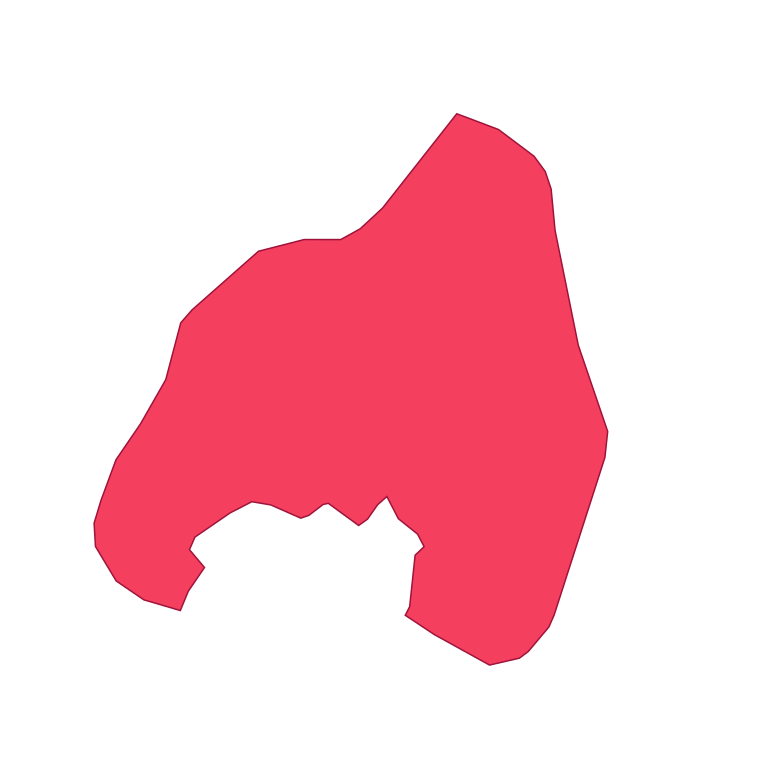 an SVG outline of Oslo, rotated 18°
{"feature_id": "NOR-921", "entity_name": "Oslo", "entity_type": "County", "adm_level": 1, "iso_a3": "NOR", "parent_name": "Norway", "parent_adm1": "", "projection": "orthographic", "projection_center": [10.625, 59.979], "detail": "fine", "context": "isolated", "style": "filled", "palette": "rose", "viewbox_px": 768, "rotation_deg": 18, "n_neighbors": 0, "source": "natural_earth", "source_scale": "10m", "svg_char_len": 806}
<svg xmlns="http://www.w3.org/2000/svg" viewBox="0 0 768 768"><g transform="rotate(18 384 384)"><path d="M475.7,597.4L477.2,587.8L466.5,537.2L472.4,526.3L462.3,516.4L439.3,507.7L421.5,490.1L415.2,500.9L410.1,517.6L403.6,526.4L367.9,514.7L363.3,517.4L353.2,532.1L346.3,537.3L313.6,534.0L294.7,536.8L277.7,553.9L251.5,588.0L250.2,601.7L270.0,614.0L261.9,641.6L260.3,662.4L222.4,663.5L190.2,654.1L159.8,627.7L151.3,606.0L150.8,582.2L152.5,538.9L164.8,496.9L175.1,447.3L171.8,388.6L178.5,372.9L223.6,296.5L263.4,271.3L298.2,260.0L313.5,243.6L328.3,217.0L369.7,104.5L414.3,106.6L456.3,121.0L471.7,132.1L482.7,146.9L499.2,185.0L556.8,287.1L611.4,360.0L616.8,385.5L617.2,551.0L615.9,564.2L603.9,593.8L597.5,602.9L571.2,618.7L509.4,606.8L475.7,597.4Z" fill="#f43f5e" stroke="#9f1239" stroke-width="1.5"/></g></svg>